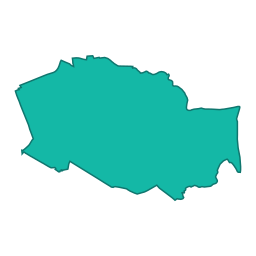 the district of Ciclova Romana, Caras-Severin, Romania
{"feature_id": "2599482B12513068157947", "entity_name": "Ciclova Romana", "entity_type": "district", "adm_level": 2, "iso_a3": "ROU", "parent_name": "Romania", "parent_adm1": "Caras-Severin", "projection": "natural_earth1", "projection_center": [21.737, 44.976], "detail": "fine", "context": "isolated", "style": "filled", "palette": "teal", "viewbox_px": 256, "rotation_deg": 0, "n_neighbors": 0, "source": "geoboundaries", "source_scale": "gbopen_adm2", "svg_char_len": 5317}
<svg xmlns="http://www.w3.org/2000/svg" viewBox="0 0 256 256"><path d="M201.3,108.1L198.5,108.7L193.9,109.2L192.9,109.5L192.0,109.7L191.1,110.1L190.3,110.4L188.8,110.4L188.3,110.3L187.9,110.1L187.4,109.9L187.0,109.6L186.7,109.3L186.4,107.4L186.6,105.8L186.8,104.2L187.1,102.6L187.5,101.0L187.7,100.1L187.0,97.6L185.3,94.6L184.7,93.0L181.9,89.5L178.5,86.9L177.1,86.2L176.2,86.1L175.3,86.0L174.1,86.1L173.1,85.8L172.6,84.8L172.7,83.9L172.7,83.1L172.6,82.3L172.6,81.8L171.6,80.6L168.6,79.6L168.2,79.0L168.2,78.5L168.2,78.1L168.3,77.6L168.4,77.1L168.6,76.7L169.0,76.1L169.1,75.7L169.1,75.4L169.0,75.0L168.9,74.7L168.7,74.4L168.6,74.2L168.2,74.4L167.7,74.5L167.3,74.6L167.0,74.7L166.7,74.2L166.3,73.7L165.7,73.0L163.8,72.0L161.3,71.6L159.1,72.1L158.1,72.7L157.1,73.3L156.0,73.8L154.8,74.3L152.9,74.6L151.9,74.2L149.9,73.1L149.4,73.0L148.9,73.0L148.3,72.3L147.2,71.5L146.1,71.2L145.5,71.6L142.8,72.8L140.4,73.1L140.0,72.3L137.4,70.1L136.6,69.0L136.0,68.5L135.6,68.3L135.2,68.1L134.8,68.0L134.3,67.9L133.8,67.9L133.4,67.9L132.9,67.9L132.6,68.0L132.3,67.3L132.7,66.5L130.7,66.3L120.3,66.1L119.4,66.1L117.9,65.9L114.2,63.6L113.9,63.4L113.3,62.8L111.6,61.5L110.5,60.4L107.8,58.5L105.7,57.8L104.7,57.5L99.7,58.1L99.2,57.4L97.9,57.6L94.0,58.4L92.7,55.8L89.5,56.0L87.1,56.2L86.6,59.0L86.5,59.7L85.9,59.7L83.6,59.3L81.7,58.8L80.8,58.5L78.8,58.0L77.0,57.9L75.7,57.9L72.4,58.2L72.8,61.3L72.8,62.1L73.0,63.8L73.3,64.3L73.6,66.5L71.3,65.5L69.6,63.9L65.5,62.2L61.2,60.3L60.5,61.5L59.1,65.8L58.0,68.3L56.7,70.1L56.3,70.5L55.1,71.6L53.4,72.5L47.3,74.4L45.0,75.3L28.7,81.9L22.9,84.2L19.9,85.4L20.3,86.1L20.8,86.8L21.2,87.5L20.6,87.7L20.0,87.9L18.4,88.4L19.1,89.6L17.9,89.8L15.4,91.0L16.7,95.2L18.0,98.5L19.2,101.3L20.6,105.3L22.6,110.3L28.4,124.6L29.2,127.2L29.7,129.1L31.2,133.1L33.3,138.8L32.1,140.1L29.4,144.6L28.3,145.8L27.1,146.9L25.9,148.0L24.6,149.1L23.0,150.4L21.8,150.2L21.9,151.1L22.0,152.2L22.2,153.5L22.2,153.8L22.8,153.1L23.2,152.7L23.7,152.1L24.0,152.1L24.3,152.2L24.7,152.5L25.1,152.8L25.7,153.3L26.1,153.5L26.9,153.9L27.2,154.1L27.5,154.3L28.5,154.9L29.3,155.4L30.8,156.3L31.1,156.5L31.8,156.8L32.9,157.5L33.9,158.0L34.5,158.4L35.2,158.8L36.0,159.3L36.5,159.5L37.8,160.3L39.1,161.0L39.3,161.2L40.5,161.8L41.0,162.1L41.8,162.6L42.8,163.1L43.2,163.3L44.5,164.1L45.8,164.9L46.4,165.2L47.2,165.7L47.8,166.1L48.6,166.5L49.1,166.8L49.5,167.0L49.9,167.2L51.1,167.8L51.3,167.8L51.5,167.8L52.2,167.7L52.5,167.7L52.9,167.7L53.3,167.7L53.7,167.6L54.2,167.6L54.3,167.6L54.8,167.5L55.2,167.9L55.6,168.3L55.8,168.7L55.6,168.9L55.4,169.1L55.2,169.3L55.8,169.8L56.4,170.2L56.8,170.5L57.2,170.7L57.8,171.2L57.9,171.3L58.6,171.8L58.8,171.7L59.1,171.6L59.3,171.6L59.5,171.7L59.5,171.3L59.6,171.2L59.9,171.1L60.2,171.1L60.3,171.1L60.7,171.0L61.0,171.0L61.2,170.9L61.5,170.8L61.6,170.7L61.7,170.4L61.5,170.2L61.3,170.0L61.5,169.9L61.8,169.9L62.0,170.1L62.3,170.4L62.4,170.6L62.5,170.7L62.8,170.5L62.9,170.3L63.1,170.1L63.3,170.0L63.6,170.0L64.0,170.0L64.1,169.9L64.3,169.8L64.6,169.8L64.8,169.8L65.4,169.6L65.9,169.6L66.3,169.5L66.7,169.3L67.0,169.3L67.3,169.3L67.6,169.1L67.9,169.0L68.8,163.8L69.9,161.3L86.4,171.5L88.2,172.6L89.3,173.3L92.1,175.0L99.2,179.4L104.4,182.7L109.8,186.0L110.6,186.5L111.2,187.0L111.7,187.1L112.4,187.2L113.2,187.3L113.6,187.0L113.9,186.9L115.2,186.6L119.0,187.2L126.6,188.8L127.8,189.7L129.0,190.4L130.3,191.2L131.7,191.8L133.0,192.4L134.4,193.0L135.8,193.5L137.2,194.0L144.6,191.9L147.7,190.4L156.8,185.2L159.4,188.1L172.0,197.6L174.8,200.0L175.0,200.2L175.8,199.7L176.3,199.2L177.2,198.7L177.9,199.0L178.1,199.1L178.6,199.0L179.3,199.1L179.9,199.2L180.4,199.3L181.3,199.2L182.0,199.0L182.3,198.9L182.9,198.6L183.3,198.1L183.7,197.5L183.6,197.2L183.3,196.9L183.1,196.5L183.0,196.2L182.9,195.8L182.7,194.6L182.7,194.1L182.3,193.4L182.2,193.2L182.0,192.8L182.3,192.6L183.4,192.6L184.0,192.7L184.1,192.9L184.3,192.8L184.4,192.5L184.4,192.2L184.4,191.8L184.1,191.1L184.4,190.8L184.8,190.6L185.3,190.3L185.7,189.8L185.6,189.1L185.5,188.4L186.0,187.9L186.6,187.5L187.1,187.2L187.6,187.0L187.8,186.8L188.5,186.6L189.3,186.4L190.1,186.3L190.7,186.8L191.0,187.0L191.4,186.9L192.0,186.4L192.7,186.3L193.6,185.8L193.9,185.6L194.6,185.4L195.7,185.7L196.5,185.9L197.4,186.4L198.2,186.9L198.9,187.2L199.4,187.2L199.9,187.1L200.0,187.2L200.3,187.1L200.9,186.9L201.9,186.6L203.1,186.8L204.3,187.0L210.1,186.3L211.2,185.9L213.0,184.3L215.6,183.4L216.1,183.1L216.4,182.8L216.7,182.5L216.9,182.2L217.1,181.8L217.2,181.6L217.3,181.4L217.3,181.1L217.3,180.8L217.3,180.5L217.2,180.2L215.7,177.3L215.7,176.4L216.7,174.1L217.6,172.9L217.8,172.1L217.7,171.7L217.6,171.3L217.5,170.9L217.3,170.5L217.9,168.8L220.1,164.1L223.5,160.8L226.4,159.4L227.2,159.2L228.0,160.0L229.2,162.1L229.7,162.6L230.9,162.5L231.7,162.9L231.9,163.1L232.8,164.1L233.6,165.1L234.3,166.1L235.0,167.2L235.7,168.2L236.3,169.3L236.9,170.5L237.4,171.6L238.2,172.2L240.3,172.3L240.5,170.9L240.6,169.4L240.6,167.9L240.6,166.5L239.9,157.2L238.1,147.8L237.3,139.1L237.4,134.7L237.4,130.3L237.4,125.9L237.4,121.5L237.1,120.8L236.9,120.1L236.7,119.4L236.6,118.7L239.5,108.8L239.8,107.3L239.6,106.6L239.2,106.5L238.7,106.5L238.3,106.5L237.8,106.5L233.4,107.5L224.9,109.0L223.5,109.2L222.1,109.3L220.7,109.5L219.3,109.6L215.8,109.4L212.3,109.2L208.9,109.1L205.4,109.1L204.3,108.9L203.3,108.7L202.3,108.4L201.3,108.1Z" fill="#14b8a6" stroke="#0f766e" stroke-width="1.5"/></svg>